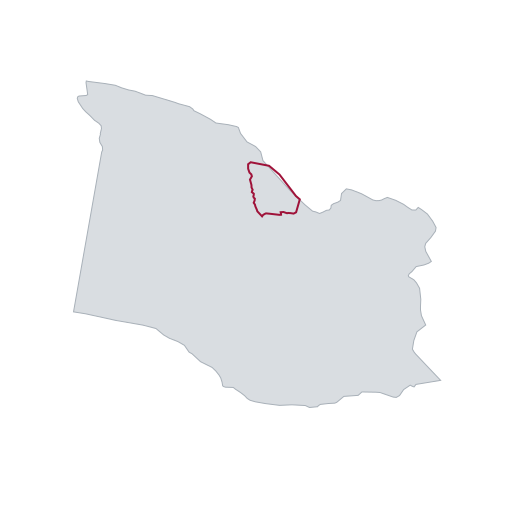 Hoima on a map of Uganda (Equal Earth projection), rotated 100°
{"feature_id": "UGA-3105", "entity_name": "Hoima", "entity_type": "District", "adm_level": 1, "iso_a3": "UGA", "parent_name": "Uganda", "parent_adm1": "", "projection": "equal_earth", "projection_center": [31.113, 1.442], "detail": "fine", "context": "in_parent", "style": "outline", "palette": "rose", "viewbox_px": 512, "rotation_deg": 100, "n_neighbors": 0, "source": "natural_earth", "source_scale": "10m", "svg_char_len": 2916}
<svg xmlns="http://www.w3.org/2000/svg" viewBox="0 0 512 512"><g transform="rotate(100 256 256)"><path d="M342.7,426.0L336.9,426.0L327.5,426.0L318.0,426.0L308.6,426.0L299.2,426.0L289.7,426.0L280.3,426.0L270.9,426.0L261.4,426.0L252.0,426.0L242.6,426.0L233.1,426.0L223.7,426.0L214.2,426.0L204.8,426.0L195.4,426.0L185.9,426.0L180.4,426.0L179.2,425.7L178.5,425.4L174.9,426.3L171.2,429.5L167.3,430.8L163.1,430.3L162.6,430.6L160.5,430.5L157.4,430.3L154.6,431.1L152.5,433.9L150.4,438.6L146.5,444.0L143.5,448.8L140.9,452.2L135.0,457.8L131.8,459.4L130.2,459.2L129.2,458.1L127.4,451.0L126.2,449.8L114.8,453.5L113.1,453.5L113.2,451.3L112.4,434.5L112.3,424.2L113.7,417.7L114.6,410.3L114.7,403.7L116.8,392.6L116.0,385.9L118.8,362.4L119.5,358.6L120.5,347.3L122.2,343.8L123.7,342.4L125.7,335.4L129.4,324.3L132.0,318.6L131.5,306.1L131.9,297.6L132.5,295.7L138.0,292.5L145.2,284.7L148.3,275.4L152.6,269.5L160.9,265.7L185.5,233.9L197.0,216.8L202.0,208.1L202.2,204.9L203.1,200.8L201.1,197.6L198.8,194.6L198.0,191.9L195.9,190.6L193.0,190.7L191.0,188.7L188.8,184.8L186.6,182.4L179.6,182.6L174.2,178.7L174.3,173.3L176.4,162.8L180.5,150.7L180.7,147.4L180.1,144.5L179.1,142.1L177.3,139.7L175.5,136.8L176.9,128.1L179.5,119.6L181.6,115.3L183.6,110.5L183.0,106.6L180.0,104.7L181.6,100.9L184.9,94.5L191.1,88.0L196.7,83.6L200.4,83.6L207.6,87.1L214.1,91.1L217.6,91.4L222.0,89.6L230.9,82.4L233.1,84.7L235.7,89.1L238.6,96.4L244.2,99.7L246.9,102.0L248.9,102.6L249.9,102.0L252.1,96.3L254.7,93.2L259.4,89.3L270.0,86.2L277.5,85.2L280.7,84.6L286.1,82.7L294.5,76.9L302.8,84.4L311.9,85.9L320.6,85.8L323.3,83.5L324.8,81.8L334.0,69.4L346.4,52.6L354.7,76.2L357.5,77.6L357.1,79.7L356.4,81.7L361.9,87.4L368.5,90.4L370.9,93.3L371.1,96.4L368.9,110.3L369.3,114.2L371.5,128.1L375.5,131.2L379.0,145.1L386.1,151.1L387.2,152.8L388.8,159.5L391.0,166.9L392.7,168.7L393.7,169.1L395.9,177.0L394.7,181.4L396.3,194.8L399.0,206.8L399.7,221.1L399.7,227.4L399.7,231.3L399.1,236.8L397.8,239.9L395.5,243.0L393.0,247.8L390.8,253.0L389.4,255.5L390.5,263.3L390.2,265.3L389.6,266.3L386.4,267.4L382.3,269.5L379.8,271.6L376.3,275.5L373.4,279.8L369.7,292.3L363.4,302.0L362.3,305.2L356.4,311.0L353.8,318.2L352.1,326.9L349.8,333.2L344.8,341.9L343.7,355.5L343.8,382.7L342.5,413.8L342.7,426.0Z" fill="#d9dde1" stroke="#a8b0b8" stroke-width="1"/><path d="M164.9,258.8L167.2,254.8L171.7,247.0L178.9,239.2L186.2,231.2L190.0,227.1L192.6,222.7L206.0,224.1L207.7,226.3L207.8,230.0L208.0,230.9L208.0,231.9L208.5,232.8L207.9,236.6L208.6,239.3L209.8,238.8L211.0,238.5L211.4,240.0L212.0,249.9L212.3,253.6L213.2,254.9L214.4,256.2L215.9,256.9L211.8,262.4L210.3,263.2L207.3,265.2L205.5,266.0L204.0,267.5L201.7,267.0L199.7,267.1L198.9,268.4L197.8,269.0L196.4,268.8L195.0,269.0L193.8,271.2L192.4,271.1L191.4,270.8L189.3,272.3L186.9,272.8L181.8,275.2L178.2,273.9L176.4,274.8L175.0,276.9L171.4,278.9L167.0,279.7L164.6,277.5L164.7,271.2L164.9,258.8Z" fill="none" stroke="#9f1239" stroke-width="2"/></g></svg>